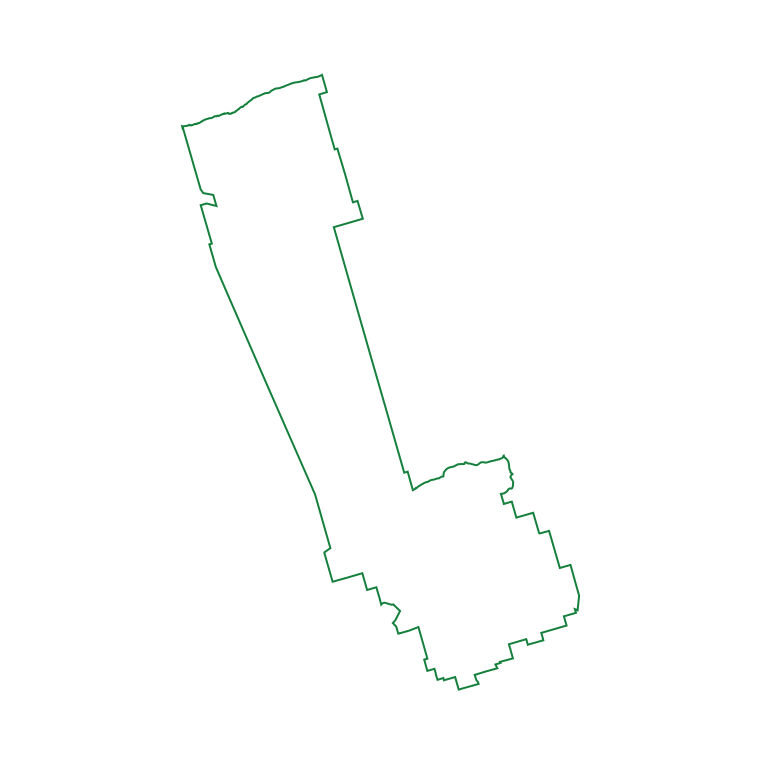 outline of Carnamah, Western Australia, Australia, rotated 74°
{"feature_id": "25037944B79646276692029", "entity_name": "Carnamah", "entity_type": "district", "adm_level": 2, "iso_a3": "AUS", "parent_name": "Australia", "parent_adm1": "Western Australia", "projection": "mercator", "projection_center": [115.345, -29.731], "detail": "fine", "context": "isolated", "style": "outline", "palette": "green", "viewbox_px": 768, "rotation_deg": 74, "n_neighbors": 0, "source": "geoboundaries", "source_scale": "gbopen_adm2", "svg_char_len": 5775}
<svg xmlns="http://www.w3.org/2000/svg" viewBox="0 0 768 768"><g transform="rotate(74 384 384)"><path d="M622.8,254.7L612.1,254.6L609.3,254.6L609.3,265.7L570.7,265.8L570.6,275.5L570.0,276.0L548.9,276.1L548.9,293.6L532.3,293.6L532.3,301.9L531.1,301.8L521.8,301.9L522.2,299.3L522.2,298.7L521.4,296.0L520.9,295.1L519.4,293.2L519.2,292.8L519.1,292.5L519.1,292.2L519.1,291.7L519.4,291.2L519.6,290.8L519.6,290.4L519.6,290.1L519.4,289.5L519.2,289.3L518.3,288.7L517.2,288.0L514.3,287.0L513.9,286.9L512.9,286.9L509.6,287.8L508.8,288.1L508.4,288.1L508.1,288.0L507.2,287.4L506.4,286.2L506.0,285.3L505.2,285.7L504.5,286.3L503.3,286.8L502.7,286.5L501.9,286.5L500.0,286.9L496.1,286.1L493.5,285.9L492.0,286.1L491.0,286.4L489.2,287.3L488.1,288.2L486.8,288.6L486.0,288.6L485.8,288.6L485.9,288.9L487.5,290.2L487.7,290.5L487.8,291.7L487.9,292.3L487.9,292.8L488.1,293.5L488.2,294.3L487.9,295.4L488.0,296.0L487.9,297.4L488.0,298.3L488.0,298.8L487.8,300.7L487.7,302.9L487.7,304.0L487.8,305.2L487.7,307.4L487.6,308.0L487.4,308.4L486.4,310.5L486.3,310.9L486.1,312.0L486.2,312.9L487.5,316.4L487.6,316.9L487.5,317.6L486.7,319.2L486.3,319.9L485.8,320.6L485.2,321.7L484.5,322.7L484.1,323.6L483.6,325.0L483.0,325.8L482.1,326.6L481.9,326.8L481.8,327.1L481.8,327.6L481.8,327.9L482.0,328.2L482.6,328.5L482.9,328.7L483.0,328.9L483.0,329.1L482.2,332.1L481.7,334.2L481.6,334.7L481.6,335.2L481.9,336.3L482.0,336.7L481.9,337.1L482.4,338.5L482.4,339.5L482.6,340.8L482.4,341.7L482.3,342.4L482.4,343.0L482.3,343.9L482.3,344.5L482.6,346.0L482.9,346.9L483.3,347.9L484.3,349.2L484.7,350.0L485.2,350.5L485.6,350.8L486.3,351.2L487.3,351.7L488.8,352.2L489.1,352.3L489.2,352.5L489.3,352.7L489.2,353.0L489.0,353.6L489.0,354.2L489.1,355.0L489.6,356.6L489.8,357.4L489.7,357.8L489.6,358.1L489.5,358.9L489.6,361.0L489.6,362.9L489.6,363.1L489.4,364.0L489.4,365.3L489.4,365.9L489.7,367.4L490.0,368.2L490.1,368.7L490.1,369.8L490.0,371.4L490.1,371.7L490.2,372.6L490.6,373.9L490.9,375.5L491.2,376.4L491.4,377.4L491.5,377.9L491.9,378.7L492.1,379.7L492.2,380.1L492.7,380.8L492.8,381.1L493.0,381.6L492.9,381.9L493.1,381.9L493.3,382.4L493.7,384.4L494.1,385.4L494.1,385.5L474.8,385.4L474.8,389.0L403.8,389.0L356.0,389.1L305.5,389.1L219.4,389.0L219.3,358.8L200.7,359.0L200.8,363.8L172.4,363.6L144.9,363.9L144.9,366.7L130.9,366.7L87.8,366.4L87.7,358.4L69.9,358.4L70.0,358.6L70.0,359.6L70.3,361.2L70.3,362.0L70.4,363.7L70.4,364.4L70.2,365.1L69.9,366.1L70.0,366.5L70.1,367.0L70.0,367.3L69.9,368.1L69.8,368.5L69.7,370.2L69.9,372.2L70.3,374.6L70.6,375.4L70.5,376.0L70.5,376.4L70.3,376.6L70.0,376.9L70.0,377.4L70.2,378.1L70.2,378.5L70.3,381.5L70.1,382.3L70.1,383.1L69.6,386.9L69.6,388.6L69.6,389.5L69.7,391.9L69.8,392.6L70.0,393.3L70.0,394.4L70.3,397.5L70.5,398.0L70.6,398.3L70.5,399.7L70.6,400.4L70.6,401.3L70.8,402.8L70.7,403.8L70.5,404.5L70.2,406.1L70.2,406.5L70.3,406.9L70.2,407.2L70.2,407.6L70.5,408.8L70.8,410.1L71.0,411.3L71.3,412.1L71.9,413.2L72.2,414.1L72.3,414.8L72.3,415.4L72.2,416.0L72.1,416.4L71.8,417.1L71.7,418.3L71.9,418.7L71.9,419.0L71.8,419.4L71.9,419.9L72.0,420.1L72.0,420.6L72.5,423.6L72.6,424.4L72.7,425.0L72.7,425.4L72.7,426.0L72.6,427.0L72.8,427.7L73.1,428.5L73.0,430.1L73.1,430.6L73.6,432.0L74.2,432.7L74.5,433.9L74.9,434.7L75.0,435.1L75.7,436.7L76.1,437.8L76.9,438.9L77.1,440.0L77.1,440.6L78.0,442.0L78.2,442.7L78.7,443.5L78.6,443.8L78.5,444.0L78.3,444.4L78.2,444.6L78.5,445.0L78.6,445.3L78.9,446.5L79.3,447.1L79.6,447.5L79.9,448.7L80.3,449.4L80.4,449.8L80.7,450.3L80.9,451.4L81.5,452.3L81.6,453.0L81.6,454.1L81.7,454.6L81.4,454.9L81.4,455.2L81.8,456.0L82.0,456.5L82.0,456.9L81.9,457.5L81.8,457.8L81.6,457.9L81.5,458.7L81.3,458.9L81.0,459.1L80.9,459.1L80.7,459.0L80.4,459.5L80.5,461.0L80.4,461.6L80.4,462.0L80.2,462.4L80.3,463.0L80.1,463.0L79.9,463.1L80.1,463.6L80.1,463.8L80.2,464.4L80.1,464.7L80.0,464.9L80.2,465.3L80.3,466.6L80.5,467.3L80.7,468.6L80.7,468.9L80.6,469.2L80.7,469.4L80.2,469.7L80.2,470.0L80.3,470.2L80.2,470.5L80.4,470.9L80.5,471.5L80.4,471.7L80.3,471.8L80.1,472.2L80.0,473.2L80.3,473.9L80.4,474.5L80.5,475.2L80.6,475.4L80.7,475.8L80.8,476.7L80.8,477.1L80.3,478.9L80.3,479.0L80.5,479.6L80.4,480.8L80.5,481.8L80.6,483.5L80.7,484.3L80.9,485.3L81.4,486.4L81.4,486.6L81.3,486.8L81.3,487.0L81.7,488.0L82.2,489.3L82.1,489.8L82.0,490.6L82.4,491.7L82.5,492.2L82.4,492.4L82.1,492.5L82.0,493.2L82.2,493.7L81.9,494.3L82.0,495.0L82.1,495.3L82.1,495.7L82.3,496.2L82.3,497.1L82.3,497.6L82.1,497.7L82.0,497.9L82.0,498.9L81.8,499.4L81.7,499.5L81.2,499.6L81.2,499.9L81.5,500.5L81.5,500.9L81.5,501.7L81.6,502.5L81.3,503.3L81.3,503.9L81.2,504.6L81.1,505.7L80.9,506.0L80.9,506.3L80.6,506.8L80.5,507.0L83.0,507.1L82.9,506.7L146.5,506.6L150.7,505.1L155.2,496.0L166.7,496.0L161.6,504.8L161.6,510.9L201.6,510.8L201.6,513.4L225.1,513.4L256.1,509.4L353.2,496.6L471.2,480.7L527.0,480.8L529.4,487.7L529.9,487.9L559.9,487.9L560.0,473.9L559.9,457.0L577.3,457.0L577.3,447.4L588.5,447.3L595.3,447.5L594.7,446.5L594.5,445.8L594.3,445.1L594.3,444.5L594.3,444.2L594.5,443.5L594.8,443.0L597.7,438.5L598.2,437.6L598.4,437.0L598.5,436.4L598.5,435.7L599.4,435.3L606.6,431.1L614.1,438.1L615.2,439.7L616.2,441.4L620.7,439.1L627.9,439.1L627.9,437.7L628.0,437.7L628.0,430.6L628.0,427.5L627.2,418.9L627.1,418.5L627.1,417.9L660.0,418.0L660.0,421.3L666.3,421.4L671.7,421.4L671.7,414.0L676.4,414.0L677.0,414.2L683.1,414.1L683.0,408.0L685.3,408.0L685.3,396.4L698.3,396.4L698.3,395.7L698.4,394.8L698.3,394.0L698.3,393.0L698.4,375.7L696.1,375.9L694.3,376.8L692.2,376.8L691.2,377.1L689.8,376.8L688.6,377.0L688.4,364.7L688.5,353.4L684.3,354.2L684.2,348.9L683.1,349.1L683.3,335.7L674.7,335.7L674.4,335.6L668.6,335.7L668.5,317.6L672.7,317.6L674.3,317.6L674.2,316.1L674.3,301.5L671.9,301.4L666.6,301.4L666.5,275.1L656.9,275.1L656.9,262.5L653.0,262.6L654.9,260.3L641.8,255.0L641.0,254.8L622.8,254.7Z" fill="none" stroke="#15803d" stroke-width="2"/></g></svg>